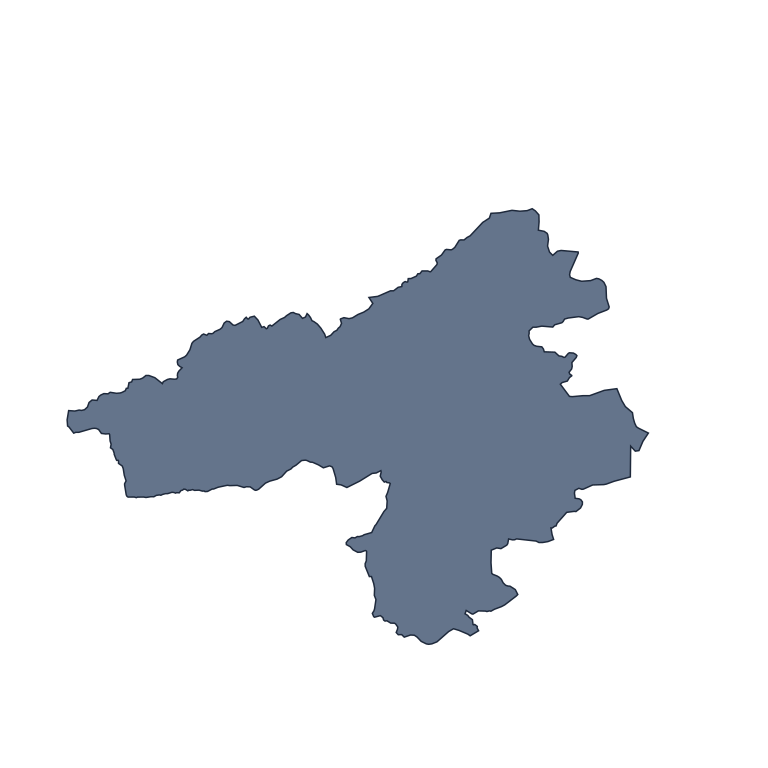 Ba Thuoc, Thanh Hóa, Vietnam, rotated 300°
{"feature_id": "81297802B10763760406842", "entity_name": "Ba Thuoc", "entity_type": "district", "adm_level": 2, "iso_a3": "VNM", "parent_name": "Vietnam", "parent_adm1": "Thanh Hóa", "projection": "albers", "projection_center": [105.214, 20.379], "detail": "fine", "context": "isolated", "style": "filled", "palette": "slate", "viewbox_px": 768, "rotation_deg": 300, "n_neighbors": 0, "source": "geoboundaries", "source_scale": "gbopen_adm2", "svg_char_len": 6171}
<svg xmlns="http://www.w3.org/2000/svg" viewBox="0 0 768 768"><g transform="rotate(300 384 384)"><path d="M220.5,137.8L215.8,138.7L212.0,137.5L209.9,135.3L209.0,133.0L206.0,129.8L203.3,124.2L194.5,127.5L189.4,131.0L189.3,132.6L186.3,139.9L188.0,141.2L189.5,143.8L199.4,153.3L200.9,155.4L201.7,157.2L201.9,159.6L199.9,164.0L201.6,168.0L203.5,170.8L203.0,171.7L197.7,175.3L195.4,177.8L192.0,179.0L191.7,181.9L189.2,184.9L188.1,185.6L184.6,190.0L184.2,190.7L185.0,191.8L184.7,192.5L182.5,193.8L182.1,198.3L180.3,200.5L175.1,204.7L171.1,209.1L168.0,209.2L166.9,209.8L159.1,216.2L158.2,217.6L158.1,218.9L161.3,224.3L161.7,226.3L162.8,227.1L166.0,232.5L166.7,234.6L169.7,238.3L171.3,241.1L173.7,242.5L175.6,244.9L176.1,246.4L177.7,247.5L179.7,249.5L180.9,251.5L184.2,254.5L185.0,256.3L185.3,258.1L186.2,258.7L187.4,261.1L190.1,261.4L191.4,262.6L192.9,263.2L193.5,264.8L193.4,267.6L194.4,267.9L194.9,269.1L196.9,271.1L197.1,273.0L199.6,276.9L200.4,280.2L201.4,281.8L201.3,282.8L202.7,284.9L207.1,287.7L207.9,289.0L211.6,291.9L218.0,299.0L218.9,301.3L222.8,307.6L224.4,314.5L226.3,316.3L228.0,319.6L227.5,324.4L227.6,325.7L228.4,326.8L230.3,328.1L238.9,330.9L242.7,333.6L248.2,339.0L252.5,341.7L259.9,343.3L263.9,345.9L266.4,346.5L269.7,348.4L276.5,350.9L278.7,353.9L279.2,355.4L279.5,359.2L280.5,361.3L281.2,367.7L281.1,373.4L285.9,377.8L286.3,380.3L285.3,382.2L278.8,389.0L273.5,393.1L275.2,397.3L275.8,403.6L287.7,411.5L300.6,418.4L303.1,421.8L307.4,424.6L306.3,425.6L302.3,426.8L300.2,430.3L299.2,433.3L300.6,434.5L300.1,435.8L301.1,438.1L300.9,439.2L291.8,441.4L287.7,441.9L284.3,445.2L277.7,448.5L273.5,447.7L258.3,447.4L256.7,447.0L249.2,447.6L243.5,442.1L241.9,441.3L239.4,438.8L238.6,437.2L236.2,435.8L235.0,432.9L231.0,431.0L227.7,430.6L226.1,431.7L226.2,436.1L224.9,440.2L225.1,445.4L226.8,448.0L230.4,451.0L230.6,452.2L230.2,452.7L222.0,457.1L219.0,457.5L216.7,458.9L209.9,467.6L211.0,469.4L206.0,474.9L202.4,478.0L196.1,481.3L193.3,484.8L184.7,488.2L182.6,488.7L179.5,488.6L177.4,491.4L177.3,492.4L181.6,496.7L181.1,499.9L179.4,501.7L179.2,503.4L180.4,504.9L180.3,509.4L182.1,512.7L182.0,514.1L180.4,517.5L178.4,518.3L174.9,518.8L174.0,521.7L175.8,524.6L174.9,528.1L179.9,532.5L181.6,535.9L181.4,539.1L179.7,544.9L180.1,550.6L180.9,552.8L182.9,555.4L187.2,558.8L202.0,563.8L206.8,566.6L208.1,572.1L209.3,581.8L209.0,584.5L217.6,589.3L219.3,586.6L220.7,586.0L221.1,582.8L220.3,582.1L220.2,581.4L224.1,578.4L224.6,574.2L225.5,572.1L225.5,569.1L229.0,568.4L228.8,575.0L229.2,576.1L234.7,579.2L238.1,585.5L238.4,586.9L240.2,588.7L240.7,590.2L244.2,592.3L249.9,597.0L253.1,599.0L266.6,604.6L268.6,605.1L271.6,600.5L271.9,594.2L271.0,592.4L270.5,589.9L271.4,586.6L273.5,583.3L274.2,580.7L274.3,578.1L273.6,573.4L273.9,572.0L282.6,566.1L293.7,560.0L298.4,563.6L299.9,567.6L305.8,570.9L307.6,571.0L312.1,569.4L313.3,573.3L314.5,575.1L316.1,576.2L324.0,594.2L324.2,597.5L326.1,600.7L329.5,604.8L334.2,608.6L337.7,604.8L342.8,600.6L343.4,601.7L346.3,603.0L347.1,604.0L349.9,603.5L364.2,606.4L368.8,612.4L369.5,614.0L374.9,616.2L378.9,616.0L381.1,614.8L382.2,612.3L382.1,610.3L380.6,606.7L384.7,603.5L387.3,602.5L391.1,604.9L391.7,608.0L392.7,609.3L400.9,615.2L406.8,624.7L408.5,626.6L414.8,631.9L426.7,643.8L453.5,628.7L451.5,635.2L453.8,638.1L463.8,636.9L473.7,637.5L473.0,626.4L473.2,623.9L475.5,620.6L478.9,617.1L483.4,613.5L485.1,604.3L488.6,598.1L496.4,588.0L488.6,577.9L476.7,567.9L473.4,562.2L467.2,553.4L466.0,550.8L472.0,536.8L474.4,537.6L478.2,541.3L482.3,541.4L484.9,542.5L485.3,542.3L485.5,539.9L486.7,538.4L490.8,539.0L493.3,538.2L496.5,536.0L503.0,537.2L505.0,536.9L505.5,535.3L505.5,532.6L503.7,528.9L502.6,528.3L497.8,527.4L497.0,526.6L496.9,524.2L495.8,521.5L497.0,516.1L492.0,506.7L494.0,504.6L495.1,502.1L493.0,497.3L492.5,494.6L492.9,492.6L495.5,487.7L498.2,485.1L500.4,484.4L502.5,483.1L507.6,484.5L509.3,487.4L513.0,491.7L517.7,501.7L520.6,502.2L526.0,507.4L527.7,507.9L530.5,507.9L533.3,510.6L539.7,519.0L541.0,522.7L541.8,527.4L542.4,528.4L552.1,534.0L559.4,539.9L561.4,540.9L563.3,540.5L569.5,533.8L579.3,527.6L582.0,523.6L582.6,520.8L582.5,517.5L581.7,515.2L576.8,511.2L571.8,503.8L570.2,498.1L569.5,492.0L571.4,490.1L574.5,489.0L594.5,486.8L595.4,486.1L588.2,470.6L585.7,467.8L579.8,465.8L581.0,461.4L585.2,456.7L591.5,454.1L595.0,451.3L596.0,450.0L596.3,446.4L594.4,440.8L602.0,437.2L607.9,433.6L609.6,428.5L609.9,424.7L605.7,421.3L601.6,415.3L598.4,408.0L590.0,398.5L585.3,391.3L580.4,392.3L573.3,388.7L555.4,384.5L552.5,382.7L548.8,381.3L547.1,378.3L546.0,377.3L537.7,377.0L534.8,375.9L533.7,375.0L531.8,370.8L530.6,369.9L524.4,369.3L518.5,366.5L517.1,367.1L515.5,369.6L513.9,370.1L504.7,368.3L504.2,367.8L503.8,365.4L500.9,360.4L497.5,359.9L496.4,358.2L493.6,358.1L488.9,354.7L487.4,352.3L484.4,353.5L483.7,353.0L483.3,351.1L481.4,350.0L479.3,349.7L477.3,350.7L474.8,347.9L469.5,345.7L467.9,343.0L456.8,334.8L451.4,327.7L448.2,334.0L441.5,333.3L436.1,330.5L431.2,326.7L425.5,323.6L423.1,321.0L421.4,316.1L418.6,313.8L418.2,313.8L415.3,316.9L411.7,317.3L409.5,316.5L406.9,316.3L404.3,314.6L399.5,313.5L395.1,310.4L397.5,307.7L400.8,301.4L402.6,296.3L403.0,291.9L402.8,290.0L404.8,287.1L406.1,284.1L406.5,282.2L402.7,282.5L400.1,280.6L401.8,275.7L400.7,272.2L400.6,269.7L399.1,267.8L394.4,265.4L391.9,264.6L388.0,261.8L378.1,257.9L378.1,255.9L376.6,254.9L373.9,255.1L373.0,254.4L373.7,251.4L371.9,249.8L376.4,242.8L377.9,237.8L374.8,234.6L372.6,234.2L372.2,233.3L372.9,231.3L370.7,230.6L367.5,230.4L360.3,225.7L359.6,223.8L360.7,218.9L359.7,216.3L356.9,215.1L351.9,215.5L349.5,214.7L344.8,211.3L342.4,210.6L341.4,209.7L340.0,206.8L337.6,206.2L337.1,202.8L335.3,201.7L332.6,201.2L325.7,197.7L323.2,197.3L316.6,198.8L310.3,198.6L307.9,197.8L301.6,193.3L299.7,194.0L297.7,195.8L297.1,198.3L297.1,201.0L292.6,199.9L290.2,199.9L288.0,200.8L286.7,202.0L284.7,201.9L283.4,200.2L281.5,196.1L279.7,194.2L275.6,191.7L273.5,191.9L274.9,182.4L273.8,176.1L272.4,173.6L268.4,172.0L266.0,170.1L262.2,164.0L259.7,164.4L257.6,162.5L252.3,164.3L251.4,163.0L248.8,163.3L245.6,161.2L244.3,160.0L242.2,157.0L239.9,151.0L237.5,149.9L235.6,146.2L232.8,144.2L230.6,143.4L226.3,143.7L224.2,139.2L220.5,137.8Z" fill="#64748b" stroke="#1e293b" stroke-width="1.5"/></g></svg>